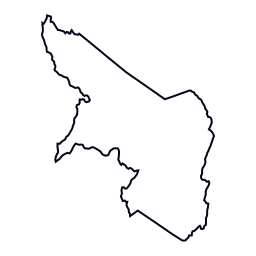 Senador Pompeu, Ceará, Brazil (Equal Earth projection)
{"feature_id": "56859067B61767326792453", "entity_name": "Senador Pompeu", "entity_type": "district", "adm_level": 2, "iso_a3": "BRA", "parent_name": "Brazil", "parent_adm1": "Ceará", "projection": "equal_earth", "projection_center": [-39.469, -5.578], "detail": "fine", "context": "isolated", "style": "outline", "palette": "ink", "viewbox_px": 256, "rotation_deg": 0, "n_neighbors": 0, "source": "geoboundaries", "source_scale": "gbopen_adm2", "svg_char_len": 3878}
<svg xmlns="http://www.w3.org/2000/svg" viewBox="0 0 256 256"><path d="M203.6,228.5L204.4,225.9L205.9,224.7L206.0,222.6L206.0,220.4L205.9,218.4L206.6,216.7L207.1,215.1L207.2,213.5L207.1,211.7L207.3,209.8L207.9,207.5L208.1,205.8L208.3,203.6L206.3,203.2L205.5,201.6L204.1,200.3L204.6,198.7L204.9,197.1L205.7,195.1L205.7,192.5L206.0,190.1L207.2,187.8L208.3,186.1L209.1,184.0L209.3,182.4L208.5,181.2L207.3,181.8L206.2,181.2L204.9,179.9L203.5,179.9L202.2,179.6L201.2,178.2L201.0,175.8L202.1,173.9L202.1,172.2L202.1,170.1L202.5,168.3L203.6,166.7L204.8,164.5L205.5,162.0L205.0,159.6L205.6,157.6L206.6,155.4L207.3,152.8L208.4,150.9L209.0,149.1L210.5,146.0L211.1,144.1L211.7,142.5L212.3,140.6L213.0,138.5L214.0,136.0L213.3,134.2L212.4,132.6L211.3,131.1L210.0,130.2L208.9,129.4L209.6,128.0L210.5,125.9L211.1,124.4L211.7,122.8L211.7,121.2L211.4,119.2L210.6,117.6L209.5,117.1L208.2,117.0L207.6,115.5L206.8,114.0L207.4,111.9L206.2,109.8L205.2,108.6L204.9,106.9L203.9,104.9L202.4,102.6L201.6,100.7L200.8,99.3L199.5,98.9L198.3,97.7L197.3,95.9L195.7,95.0L194.6,93.6L193.9,92.3L192.5,92.0L191.1,90.8L189.5,90.5L171.4,97.0L164.8,99.2L152.0,90.2L134.6,78.1L128.7,74.0L125.8,71.9L104.2,54.3L103.0,53.2L83.1,36.9L79.1,33.7L78.1,34.8L76.3,34.4L74.8,34.3L73.4,32.8L71.7,30.2L70.7,31.7L70.4,33.5L69.1,33.6L67.9,32.2L66.7,32.0L65.3,33.3L64.1,31.8L63.0,31.1L60.9,30.6L59.1,30.0L57.9,30.0L56.9,28.4L55.7,26.5L54.7,24.9L53.8,23.3L52.4,21.9L50.8,21.9L50.6,20.1L51.1,18.4L50.8,16.6L48.9,16.0L47.2,15.4L46.6,18.5L45.5,20.5L44.8,22.1L43.8,23.6L42.4,22.8L42.3,24.6L42.7,26.4L42.9,30.2L42.7,31.9L42.0,34.1L42.4,36.7L43.8,39.5L45.2,44.5L46.2,46.4L46.6,48.2L46.6,49.9L47.0,51.9L48.5,52.2L50.9,53.7L52.3,56.7L52.1,59.5L53.1,60.8L54.1,61.7L54.4,64.0L55.4,66.0L55.2,67.7L54.4,69.8L55.4,70.9L57.3,72.4L58.8,74.4L60.0,75.0L61.6,75.4L63.7,76.8L65.6,77.4L66.9,77.5L67.8,78.9L68.6,80.4L69.5,83.5L70.0,85.3L71.5,86.1L72.8,86.6L74.7,87.7L75.9,87.9L78.1,87.4L79.5,88.9L80.1,90.6L80.8,92.4L82.3,93.5L82.9,94.8L84.3,95.9L85.9,95.4L87.2,95.5L88.4,96.8L89.1,98.6L89.8,100.0L89.2,101.3L87.6,101.8L86.2,102.2L84.7,101.1L84.0,99.4L82.6,99.1L81.0,99.8L79.9,99.4L79.5,100.8L79.7,102.7L79.0,104.3L76.9,105.1L76.4,107.3L77.3,108.9L77.4,111.7L77.0,114.7L75.9,116.6L74.3,118.6L74.1,121.0L74.2,122.7L73.7,124.1L72.9,125.9L72.2,128.6L70.4,131.8L69.0,134.3L67.9,135.8L66.5,136.5L65.8,137.8L65.1,139.4L63.7,140.3L61.3,142.0L59.7,143.8L57.5,143.7L57.5,146.7L57.8,149.3L58.1,150.9L57.9,152.8L57.0,154.0L55.8,156.7L55.3,159.7L55.8,161.7L57.4,160.4L59.2,159.3L60.7,157.6L61.7,156.2L63.0,155.1L64.3,154.3L65.3,153.8L67.3,152.9L69.6,153.4L71.1,151.4L72.6,148.4L74.1,145.5L75.7,143.6L77.6,144.3L79.4,144.8L80.9,144.5L82.7,144.9L83.8,147.2L85.1,148.5L86.7,148.4L89.0,148.8L90.6,147.8L92.1,147.2L94.0,147.5L95.4,148.3L96.7,149.0L98.7,150.4L100.3,151.3L101.3,152.8L102.5,154.4L105.1,155.6L106.9,155.5L108.3,155.0L108.9,153.5L110.0,151.2L111.0,150.2L112.4,149.3L113.7,148.3L116.0,148.3L117.7,148.3L118.5,149.6L119.1,151.4L119.0,153.0L118.9,154.9L118.7,157.2L118.3,159.7L119.2,161.2L120.0,163.4L121.3,164.9L122.4,163.5L124.1,164.4L125.7,165.7L126.7,167.6L128.5,168.8L130.0,167.9L131.4,168.5L132.4,169.3L133.4,170.5L134.5,171.4L135.9,170.9L137.1,170.5L138.3,170.4L137.7,172.3L136.9,174.3L135.9,175.8L135.0,176.9L134.1,178.1L132.7,178.9L131.2,180.4L130.5,183.0L129.6,184.6L128.4,186.4L126.8,188.4L125.2,188.7L123.9,187.3L122.2,187.3L121.5,190.3L121.8,192.3L121.8,194.1L120.9,196.4L122.0,199.0L122.9,201.0L124.8,200.6L126.0,201.9L127.2,201.8L126.7,203.4L126.5,205.1L127.4,207.4L128.7,209.3L128.8,212.0L129.9,213.8L130.1,216.1L137.8,210.6L157.7,224.1L172.4,234.2L181.8,240.2L183.3,240.6L184.5,240.6L185.7,240.2L187.1,238.5L188.4,237.6L188.9,235.6L190.2,235.4L191.7,235.5L191.9,233.1L192.6,231.2L194.4,231.0L195.7,229.6L196.8,228.8L198.0,227.2L199.9,225.8L200.7,227.1L200.9,228.7L202.2,229.1L203.6,228.5Z" fill="none" stroke="#020617" stroke-width="2"/></svg>